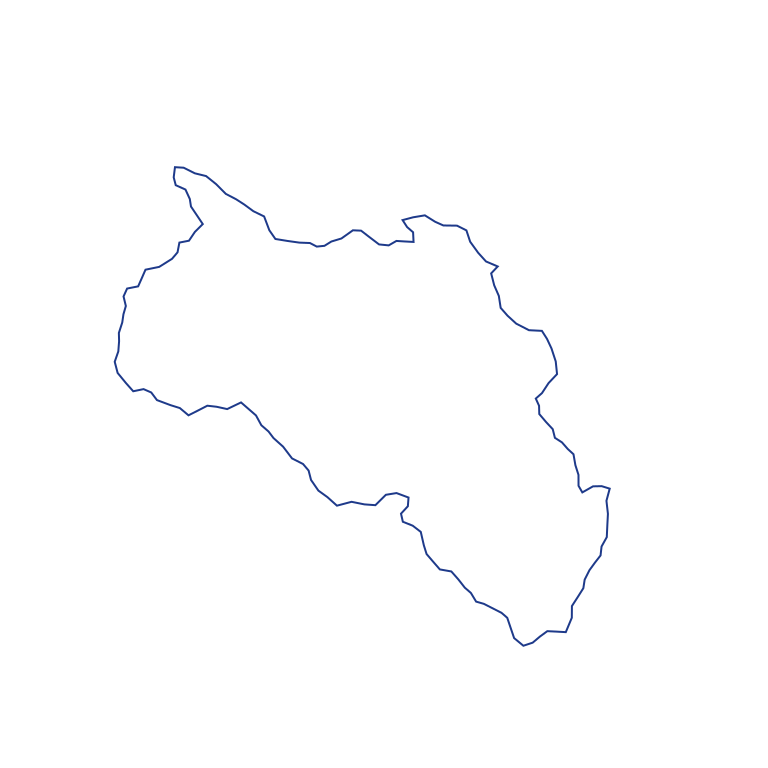 Santana de Parnaíba, São Paulo, Brazil, rotated 41°
{"feature_id": "56859067B95466587764955", "entity_name": "Santana de Parnaíba", "entity_type": "district", "adm_level": 2, "iso_a3": "BRA", "parent_name": "Brazil", "parent_adm1": "São Paulo", "projection": "albers", "projection_center": [-46.919, -23.447], "detail": "fine", "context": "isolated", "style": "outline", "palette": "blue", "viewbox_px": 768, "rotation_deg": 41, "n_neighbors": 0, "source": "geoboundaries", "source_scale": "gbopen_adm2", "svg_char_len": 2165}
<svg xmlns="http://www.w3.org/2000/svg" viewBox="0 0 768 768"><g transform="rotate(41 384 384)"><path d="M175.7,550.4L188.7,552.6L199.5,554.0L205.9,545.6L213.9,543.1L223.2,545.1L236.8,540.0L245.7,536.1L257.0,535.9L261.6,524.6L264.9,516.3L272.6,511.0L282.1,505.8L288.2,491.7L308.0,491.7L318.5,495.6L328.0,495.6L336.1,497.3L349.0,497.5L363.4,500.5L375.4,497.5L383.9,498.8L391.9,504.3L404.4,507.5L415.5,506.5L428.3,506.7L436.8,494.2L448.2,487.7L457.0,481.1L458.1,466.4L465.0,458.1L477.0,453.6L482.2,460.6L481.9,470.7L488.6,475.6L498.6,472.1L508.8,471.5L519.9,479.6L527.7,484.4L536.5,485.7L547.8,487.3L557.8,481.3L568.3,482.7L578.6,484.7L586.7,484.7L596.3,487.8L603.6,484.4L614.4,481.7L622.9,479.6L630.4,479.6L638.6,484.4L648.9,490.4L660.9,490.1L665.9,481.7L667.4,472.2L669.4,463.4L676.0,458.2L684.0,452.0L679.1,437.2L671.5,428.3L669.9,417.0L668.4,407.3L663.8,400.0L661.2,389.7L660.4,380.5L659.9,371.3L654.8,363.9L652.6,353.4L644.6,343.3L638.2,335.1L628.5,326.2L623.0,314.9L615.3,318.3L608.9,324.1L604.8,335.7L597.6,333.2L590.4,325.0L581.7,319.7L573.1,312.7L565.4,312.5L556.6,311.3L548.3,312.5L541.0,307.4L531.4,306.4L520.9,304.8L515.3,298.7L508.1,295.4L509.2,287.2L507.6,275.3L508.1,263.0L498.8,254.3L487.1,247.3L477.4,243.0L468.3,240.3L458.1,248.3L444.2,251.7L432.4,251.4L422.1,250.0L412.9,242.2L402.4,237.2L392.3,230.2L392.7,220.7L380.6,224.6L369.0,223.2L355.7,220.1L345.4,214.0L335.2,216.6L324.8,225.4L316.2,228.0L304.2,229.9L296.6,239.1L290.5,248.1L298.5,250.4L306.4,250.4L313.1,257.4L305.9,263.0L299.5,267.9L296.6,276.3L288.7,281.9L274.9,282.8L266.1,283.3L259.7,288.4L256.4,302.1L250.8,311.0L248.4,318.8L243.1,324.4L235.6,326.2L227.4,332.8L217.4,339.3L206.9,345.8L196.6,343.2L183.6,336.2L172.0,339.3L160.9,340.2L151.2,341.6L139.9,344.3L126.3,343.3L113.3,343.8L103.0,349.1L90.9,352.2L84.0,357.5L89.7,366.0L96.4,370.6L106.6,367.5L116.1,371.8L121.9,376.7L132.7,379.6L142.3,382.2L141.5,393.3L142.8,403.8L136.8,411.5L141.8,420.1L141.9,428.6L137.5,443.1L129.0,454.2L132.0,463.8L134.4,471.6L127.5,480.5L130.0,488.8L138.0,494.5L141.6,502.3L146.1,509.3L150.4,519.4L156.0,525.5L162.1,533.7L166.2,543.9L175.7,550.4Z" fill="none" stroke="#1e3a8a" stroke-width="2"/></g></svg>